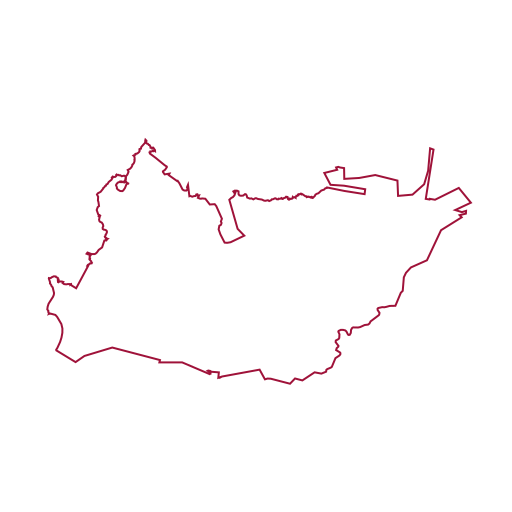 the district of Palizada, Campeche, Mexico, rotated 284°
{"feature_id": "50627088B79196396706593", "entity_name": "Palizada", "entity_type": "district", "adm_level": 2, "iso_a3": "MEX", "parent_name": "Mexico", "parent_adm1": "Campeche", "projection": "robinson", "projection_center": [-91.915, 18.262], "detail": "fine", "context": "isolated", "style": "outline", "palette": "rose", "viewbox_px": 512, "rotation_deg": 284, "n_neighbors": 0, "source": "geoboundaries", "source_scale": "gbopen_adm2", "svg_char_len": 6042}
<svg xmlns="http://www.w3.org/2000/svg" viewBox="0 0 512 512"><g transform="rotate(284 256 256)"><path d="M132.4,138.7L131.8,188.0L129.4,188.0L134.9,210.1L130.2,239.5L130.6,239.6L130.8,240.3L131.9,240.1L132.9,236.9L133.3,237.4L133.4,239.3L132.9,240.8L134.1,248.1L128.7,248.9L129.8,250.6L129.5,250.7L130.8,252.1L146.6,287.0L138.5,294.5L139.9,296.9L140.5,300.0L140.3,319.9L146.6,323.5L146.5,331.1L157.3,341.0L157.7,347.9L160.7,352.0L162.5,351.8L163.5,352.5L165.8,355.6L166.8,356.4L176.1,357.8L179.6,361.0L180.9,361.6L182.2,361.4L182.7,360.9L184.1,356.5L186.1,356.6L187.9,357.8L188.7,357.8L191.7,354.1L193.3,353.9L195.4,356.2L196.7,356.6L200.3,355.9L202.4,354.2L203.3,354.3L204.8,356.1L205.4,358.3L205.4,360.6L204.7,361.9L202.0,364.3L201.8,365.1L202.2,366.0L204.3,366.6L207.3,366.1L209.4,366.7L210.2,367.5L211.3,372.3L212.2,374.2L215.3,378.1L216.6,381.4L217.9,382.4L220.3,383.0L228.2,389.4L228.9,389.7L230.7,389.6L233.0,387.1L234.2,386.7L235.1,387.2L236.9,390.8L237.3,392.9L238.2,394.8L239.9,397.8L241.4,403.3L255.3,405.4L257.7,406.8L271.1,404.6L276.0,405.6L282.4,409.1L293.2,422.9L325.8,429.3L343.3,446.2L344.9,443.7L347.9,449.4L350.6,448.9L348.4,445.2L348.8,438.2L359.7,451.6L371.1,436.3L353.9,416.1L353.5,410.7L352.8,410.7L352.5,406.9L402.2,402.5L402.6,398.9L380.4,402.4L366.3,401.8L353.4,393.0L348.7,379.3L363.4,375.0L363.4,355.3L363.4,352.1L356.7,337.3L352.2,323.0L362.6,320.2L362.2,315.9L362.4,314.3L361.3,312.3L359.3,313.9L353.1,302.2L343.1,311.1L345.5,324.3L347.2,345.8L342.3,346.4L340.5,326.0L339.7,308.4L339.2,308.4L338.5,306.9L336.9,306.0L335.3,303.5L332.0,301.4L331.2,300.1L329.9,298.8L328.6,298.6L326.0,297.0L326.0,296.2L326.5,296.0L326.1,295.5L326.7,295.2L326.1,294.1L326.1,293.3L326.4,292.8L325.8,291.9L326.0,291.3L325.5,290.9L326.1,290.3L325.9,289.5L327.2,286.1L326.8,285.4L327.4,285.0L327.4,284.4L326.7,283.8L326.3,282.4L325.8,282.5L325.6,282.0L325.0,282.2L324.8,281.5L324.2,281.3L324.1,280.6L323.4,280.7L322.5,279.9L322.1,280.1L322.4,279.0L321.7,278.2L322.2,277.4L320.5,277.3L319.8,276.0L319.9,275.0L318.9,274.8L318.6,274.4L319.0,273.3L319.9,273.1L320.1,272.3L320.9,272.2L320.8,270.8L319.5,270.1L318.6,268.5L317.8,268.2L317.7,267.5L318.4,266.7L317.2,265.3L317.1,264.0L316.3,263.7L316.1,262.3L316.7,261.2L316.6,260.5L315.0,258.5L314.8,257.6L313.7,257.1L312.5,255.5L313.0,254.1L311.8,251.6L311.7,250.4L312.2,248.0L311.8,244.1L312.1,242.1L311.8,241.3L310.3,239.7L310.8,237.6L310.2,236.2L310.6,233.3L312.5,232.3L313.4,231.3L313.4,230.4L311.5,228.9L310.8,226.8L310.8,225.2L311.8,224.1L314.5,223.4L314.8,221.8L314.3,219.6L313.2,218.4L312.1,219.6L312.9,220.7L309.6,220.4L307.5,219.3L306.4,218.0L304.1,216.5L277.9,231.6L272.9,239.7L263.2,228.0L261.8,224.8L261.4,222.3L268.4,216.2L272.8,213.3L276.5,213.1L277.7,214.4L279.1,214.6L279.9,214.5L280.9,213.6L283.9,213.9L294.8,205.4L296.3,203.4L294.8,198.7L299.3,193.0L298.8,189.7L298.3,188.9L298.1,187.8L298.4,185.6L301.0,186.1L300.5,185.0L301.7,184.2L301.3,183.2L299.6,182.9L299.1,181.3L298.1,179.8L298.4,177.6L297.9,176.9L308.6,172.8L306.0,172.4L305.2,173.1L303.6,173.3L302.6,172.5L302.2,170.5L302.7,168.7L308.0,164.1L310.0,161.8L309.6,161.4L313.4,151.7L315.0,152.1L313.1,147.6L315.0,145.4L315.6,145.2L317.8,147.0L320.6,148.0L321.2,147.8L322.0,145.4L327.0,134.8L329.7,128.3L330.8,127.6L331.4,128.3L331.9,128.2L332.1,129.4L333.0,130.3L332.9,131.1L334.3,131.7L334.0,132.0L333.6,131.8L333.3,132.7L334.3,132.4L336.3,130.1L336.0,129.1L335.4,129.0L335.7,128.7L335.5,127.5L336.7,127.0L337.9,125.8L337.8,125.1L338.7,124.0L338.7,122.9L339.1,122.1L341.4,121.8L342.1,120.6L341.3,120.6L340.8,121.2L340.0,120.8L338.9,120.9L334.0,118.3L332.3,118.4L331.6,117.1L330.6,117.2L329.9,117.7L328.6,117.4L326.8,116.1L325.9,114.3L325.2,114.5L324.2,113.7L324.2,113.2L323.8,112.8L323.3,113.8L322.0,114.4L320.4,114.9L319.9,114.7L319.0,115.2L317.0,115.1L315.6,114.6L314.7,113.9L313.8,114.1L311.8,113.6L310.1,112.6L308.4,110.7L307.0,111.9L306.5,111.9L303.9,111.5L301.4,110.4L300.6,110.9L297.1,111.3L295.8,113.1L295.5,114.5L295.3,114.5L294.6,113.0L290.2,112.4L287.4,111.3L286.6,110.6L286.2,108.5L286.9,106.2L287.8,104.7L289.0,104.4L290.9,103.0L292.4,103.4L293.9,104.3L294.6,105.3L295.0,106.6L295.3,106.8L295.6,106.6L295.8,107.4L295.1,107.5L295.3,108.4L296.0,109.8L297.3,110.4L296.0,110.7L296.6,111.2L296.1,111.2L296.4,111.6L297.2,110.8L301.1,110.5L302.0,109.2L302.0,108.5L300.9,106.4L301.5,104.9L301.1,103.7L301.5,103.0L301.1,101.4L301.3,101.0L300.9,100.8L300.7,101.2L300.1,101.2L298.8,100.4L298.3,99.0L298.4,97.8L297.8,97.7L297.5,97.2L297.1,97.1L296.7,97.8L295.0,97.3L292.2,95.2L289.9,94.5L289.2,93.5L287.9,93.4L287.2,92.5L286.0,92.2L284.9,91.3L284.4,91.4L280.7,89.7L278.6,87.4L277.2,86.8L275.3,88.5L271.6,89.2L270.4,90.0L266.5,91.6L265.1,90.6L262.1,90.3L258.0,93.0L257.9,94.3L257.4,95.1L256.9,94.9L256.8,94.0L256.4,93.8L255.8,94.9L253.3,94.9L251.9,95.7L251.5,96.3L251.1,98.3L249.7,99.8L248.1,100.6L246.5,100.3L245.1,100.8L244.7,102.2L244.9,102.9L244.7,104.3L244.0,105.3L243.0,105.6L241.4,105.4L240.3,104.9L239.5,105.1L238.2,104.6L237.5,105.2L237.3,106.3L236.9,106.8L236.8,107.9L236.2,107.4L236.6,106.3L235.0,107.1L234.7,106.8L234.9,106.0L234.3,105.1L227.1,104.6L223.9,101.9L221.0,100.8L219.5,99.8L218.8,98.9L218.1,95.9L218.6,91.7L217.2,91.1L216.6,95.3L214.9,94.7L214.1,95.0L213.7,95.6L213.2,95.6L212.9,95.1L212.4,95.2L210.9,97.5L209.7,98.0L209.6,98.4L209.1,98.3L208.6,96.7L208.2,96.6L206.7,95.0L205.7,94.7L205.7,95.5L181.2,89.3L182.9,83.9L183.9,83.4L183.5,83.0L183.9,83.0L183.3,80.3L182.6,78.8L182.3,76.6L183.0,74.9L184.2,75.3L184.3,73.9L183.8,71.5L182.7,70.7L182.8,70.2L184.7,69.5L185.3,70.2L185.6,70.1L186.0,69.2L186.9,68.9L187.1,67.2L187.7,66.7L187.4,64.8L186.1,63.1L185.1,62.3L184.5,61.1L184.5,60.4L184.1,60.4L180.6,62.6L179.6,62.7L178.3,64.3L177.3,64.9L176.4,66.3L171.2,69.0L169.4,69.2L167.3,68.9L159.6,66.3L156.4,66.1L153.7,66.4L152.4,67.9L151.5,67.9L150.6,68.9L149.8,68.9L150.1,69.2L150.0,70.0L150.4,70.4L150.3,75.6L148.8,77.8L142.9,83.6L138.8,85.7L134.6,86.7L129.8,87.0L125.1,86.7L118.8,85.5L116.7,84.8L116.1,85.1L109.4,106.6L117.5,113.7L132.4,138.7Z" fill="none" stroke="#9f1239" stroke-width="2"/></g></svg>